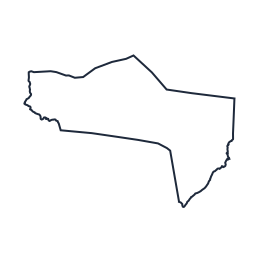 the district of Tawkar, Red Sea, Sudan, rotated 96°
{"feature_id": "16777658B45805430370558", "entity_name": "Tawkar", "entity_type": "district", "adm_level": 2, "iso_a3": "SDN", "parent_name": "Sudan", "parent_adm1": "Red Sea", "projection": "albers", "projection_center": [37.526, 17.9], "detail": "fine", "context": "isolated", "style": "outline", "palette": "slate", "viewbox_px": 256, "rotation_deg": 96, "n_neighbors": 0, "source": "geoboundaries", "source_scale": "gbopen_adm2", "svg_char_len": 3111}
<svg xmlns="http://www.w3.org/2000/svg" viewBox="0 0 256 256"><g transform="rotate(96 128 128)"><path d="M196.1,69.6L196.2,69.0L196.6,67.7L197.9,66.1L199.2,65.9L200.5,65.3L200.7,64.3L199.8,63.5L198.6,62.9L196.8,61.7L195.2,61.3L194.1,60.2L193.0,59.6L192.0,59.1L191.0,58.3L190.2,58.1L189.6,57.1L188.4,56.0L187.3,54.9L186.1,54.2L185.4,52.4L184.5,50.9L183.1,49.0L182.4,48.4L181.6,47.6L179.9,45.6L178.1,44.3L176.2,43.3L174.8,42.5L173.7,42.3L172.7,42.0L171.7,41.5L171.0,40.9L169.9,41.0L169.3,40.7L168.3,40.5L167.2,40.2L166.2,39.8L165.1,39.4L164.2,39.2L163.0,38.7L162.3,38.1L162.0,37.3L161.6,36.8L160.8,36.2L160.5,35.7L159.6,35.1L159.1,34.7L158.7,33.2L159.0,32.6L157.2,30.9L156.2,30.6L156.2,29.9L156.9,29.2L156.4,28.2L155.6,27.3L154.2,27.0L153.0,27.4L152.5,27.7L151.9,27.5L151.4,27.4L150.6,27.1L149.9,26.8L148.6,26.1L149.0,25.4L148.8,25.1L148.3,25.1L148.1,24.0L147.1,24.4L146.4,25.4L145.6,25.7L144.0,26.2L143.8,26.4L143.6,26.6L143.5,26.2L143.2,26.1L142.7,26.1L142.5,26.4L142.2,26.9L141.3,26.3L140.6,26.4L139.8,26.6L138.7,26.9L138.1,26.9L137.2,26.8L135.9,27.3L135.4,27.3L135.0,27.0L134.7,26.6L134.2,26.8L133.7,26.3L133.2,26.6L132.3,26.3L131.2,25.6L130.6,24.7L130.2,24.3L130.1,23.7L129.8,23.7L129.4,23.5L128.7,22.8L128.2,22.4L127.6,22.4L122.4,23.0L116.0,23.4L106.5,24.0L88.1,25.2L87.5,25.2L86.7,68.4L85.7,93.6L70.2,110.1L55.3,130.1L59.4,137.1L61.6,143.7L64.0,150.9L72.0,166.9L79.8,175.5L82.0,177.9L83.6,186.1L81.9,192.3L82.3,195.2L79.9,205.1L79.6,210.8L82.3,227.4L81.8,229.6L81.7,229.8L81.7,230.0L82.0,231.1L82.1,231.4L82.2,231.5L82.3,231.6L82.6,232.1L82.9,232.5L83.7,232.5L84.8,232.3L85.2,232.3L86.2,232.1L87.6,231.9L88.4,231.8L91.1,231.9L91.7,231.7L92.1,231.2L92.4,230.7L93.3,230.3L94.2,229.9L94.9,229.9L95.4,230.0L95.8,230.2L96.5,230.4L97.4,230.5L98.1,230.1L99.4,229.7L99.8,229.5L100.5,229.5L101.0,229.5L101.8,229.5L102.5,229.3L103.2,229.0L103.8,228.5L104.3,228.0L105.2,227.9L105.9,228.2L106.4,228.5L107.2,229.1L107.7,229.4L108.6,229.9L108.9,230.3L109.2,230.7L109.6,231.3L110.0,231.9L110.7,232.1L111.3,232.4L112.1,232.8L112.4,233.0L113.1,233.3L113.5,233.1L113.8,233.1L114.3,233.6L114.7,233.5L114.9,233.1L115.2,232.8L115.6,231.6L115.6,231.2L115.9,230.2L116.1,229.8L116.6,229.3L116.7,228.5L116.7,228.0L117.1,227.4L117.5,227.1L118.4,227.0L119.0,227.2L119.6,227.3L119.9,226.8L120.0,226.3L120.4,225.6L120.7,225.3L121.2,224.9L121.5,224.4L121.8,223.9L122.0,223.2L122.2,222.5L122.6,222.3L123.0,221.5L123.5,219.6L123.9,217.6L124.9,216.6L126.0,216.1L126.6,216.0L127.0,216.0L127.9,215.8L128.2,215.6L128.6,214.7L128.3,214.1L127.9,213.5L127.4,213.0L127.0,212.9L126.5,212.8L126.2,212.2L126.2,211.3L126.5,210.6L127.0,210.5L127.5,210.5L127.6,210.0L127.4,209.6L127.1,209.2L127.3,208.3L127.5,208.2L127.8,208.1L128.3,208.0L128.8,207.7L129.2,206.7L128.5,205.7L128.0,205.1L127.6,203.9L127.5,203.0L127.3,202.7L127.1,201.6L127.2,201.3L127.3,200.9L127.6,200.8L128.2,200.2L128.4,199.2L128.6,198.6L129.5,198.3L129.8,198.1L130.3,197.7L130.6,197.4L137.3,194.7L137.3,194.1L136.9,163.5L137.2,155.7L138.0,135.6L138.8,116.6L140.2,96.5L143.3,88.7L143.9,87.2L146.1,83.7L195.8,69.6L196.1,69.6Z" fill="none" stroke="#1e293b" stroke-width="2"/></g></svg>